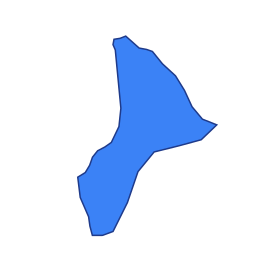 Butaleja, Robinson projection, rotated 153°
{"feature_id": "UGA-3119", "entity_name": "Butaleja", "entity_type": "County", "adm_level": 1, "iso_a3": "UGA", "parent_name": "Uganda", "parent_adm1": "", "projection": "robinson", "projection_center": [33.927, 0.859], "detail": "fine", "context": "isolated", "style": "filled", "palette": "blue", "viewbox_px": 256, "rotation_deg": 153, "n_neighbors": 0, "source": "natural_earth", "source_scale": "10m", "svg_char_len": 565}
<svg xmlns="http://www.w3.org/2000/svg" viewBox="0 0 256 256"><g transform="rotate(153 128 128)"><path d="M115.6,94.8L138.9,84.6L162.4,61.8L188.3,42.6L199.4,43.9L208.5,48.5L206.5,57.8L203.4,66.8L202.1,87.8L195.1,107.0L186.3,107.7L179.1,112.2L172.9,118.1L165.4,121.5L157.2,121.6L149.4,122.7L135.4,133.4L125.4,148.8L103.9,203.3L103.5,209.1L100.2,213.4L94.3,211.5L88.3,210.9L81.8,194.2L75.7,189.5L71.5,185.1L68.2,169.6L62.0,152.9L60.6,135.8L61.3,117.9L57.7,102.1L47.5,90.5L68.1,84.3L91.0,89.1L115.6,94.8Z" fill="#3b82f6" stroke="#1e3a8a" stroke-width="1.5"/></g></svg>